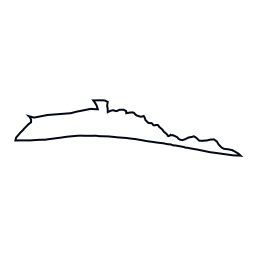 Ibeju Lekki, Lagos, Nigeria
{"feature_id": "59680162B89638160160445", "entity_name": "Ibeju Lekki", "entity_type": "district", "adm_level": 2, "iso_a3": "NGA", "parent_name": "Nigeria", "parent_adm1": "Lagos", "projection": "orthographic", "projection_center": [3.982, 6.458], "detail": "fine", "context": "isolated", "style": "outline", "palette": "ink", "viewbox_px": 256, "rotation_deg": 0, "n_neighbors": 0, "source": "geoboundaries", "source_scale": "gbopen_adm2", "svg_char_len": 2547}
<svg xmlns="http://www.w3.org/2000/svg" viewBox="0 0 256 256"><path d="M28.8,116.2L29.8,117.2L31.0,119.4L31.1,120.9L31.0,122.3L28.3,124.4L23.8,129.0L22.7,130.4L21.4,131.6L20.3,132.7L16.1,137.6L15.6,139.4L15.4,140.5L19.5,140.4L27.1,140.4L30.6,140.4L33.2,140.2L36.0,140.0L39.4,139.8L45.3,139.7L47.8,139.3L51.6,138.8L53.2,138.6L57.8,138.0L61.2,137.6L63.5,137.2L68.1,136.6L71.4,136.3L73.7,136.1L76.7,135.8L79.3,135.7L82.0,135.7L85.4,135.8L86.9,135.8L90.6,135.8L93.3,135.8L95.7,135.7L99.7,136.2L100.1,136.2L104.1,136.3L108.2,136.4L112.6,136.8L114.5,137.0L117.9,137.4L123.7,137.8L125.0,137.9L126.6,138.0L128.5,138.3L133.5,138.9L135.6,139.1L140.6,140.0L142.5,140.3L145.6,140.9L148.0,141.3L152.6,141.9L156.6,142.5L160.8,143.0L162.6,143.2L163.9,143.4L164.8,143.6L167.7,144.2L170.7,144.4L173.3,145.4L175.7,145.5L179.5,146.2L183.8,147.0L185.5,147.7L186.2,147.7L187.7,147.8L189.5,148.2L191.5,148.6L195.1,149.2L196.4,149.4L197.0,149.5L208.6,151.9L210.6,152.3L212.6,152.5L231.4,155.1L233.8,155.4L236.4,155.5L238.6,155.5L240.6,155.7L239.0,154.1L234.5,151.3L232.7,150.5L232.6,150.2L228.2,149.3L223.9,148.8L221.7,147.6L218.6,144.5L217.5,142.6L216.8,141.4L213.9,139.4L210.3,139.6L208.0,140.2L207.5,140.4L206.8,140.5L206.2,140.4L205.9,140.6L204.6,140.6L203.7,140.6L202.5,140.9L202.2,140.8L199.3,140.7L198.3,139.8L196.9,138.3L195.4,137.2L195.0,137.0L193.9,136.3L193.2,136.5L191.4,137.1L191.2,137.0L189.7,137.4L189.3,137.3L188.9,137.4L188.3,137.7L187.8,137.9L185.0,139.3L183.4,139.8L182.4,140.1L182.1,140.1L181.8,140.0L180.8,139.9L179.6,139.4L178.4,138.7L177.3,137.3L175.8,136.5L172.7,135.1L172.2,135.3L171.1,135.3L170.6,134.8L169.4,135.8L168.5,136.1L167.7,135.8L167.4,134.8L165.6,133.1L163.6,131.5L162.7,129.9L159.6,127.2L159.0,126.7L158.9,126.4L158.3,125.4L157.6,125.0L156.0,125.0L154.5,125.4L153.5,125.2L153.0,124.8L152.7,124.2L151.7,123.2L150.9,123.0L149.9,123.2L148.2,122.8L146.4,121.0L145.5,120.1L144.7,117.7L143.7,116.0L141.6,116.7L140.1,116.6L138.1,115.9L136.8,115.5L136.2,115.0L135.6,114.7L135.3,114.3L134.8,113.9L134.4,113.3L134.1,113.0L133.9,112.8L133.5,112.6L133.0,112.6L132.4,112.4L131.7,112.5L130.9,112.4L130.4,112.6L129.9,112.5L129.2,112.7L127.7,113.0L127.3,112.9L126.3,113.2L126.1,111.0L123.5,109.7L119.5,109.8L116.7,111.1L115.1,110.9L113.1,110.2L110.5,110.8L107.8,112.1L107.6,108.0L107.1,106.2L107.7,101.8L104.7,100.5L104.1,100.4L101.6,100.3L93.3,100.4L93.9,101.2L95.9,104.2L96.8,106.0L97.8,109.3L92.0,109.0L91.0,108.8L82.6,110.5L76.4,111.7L70.8,113.2L47.5,115.0L34.0,117.6L30.7,116.7L28.8,116.2Z" fill="none" stroke="#020617" stroke-width="2"/></svg>